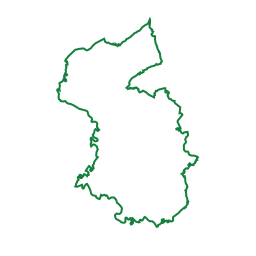 the district of Bombali, Northern, Sierra Leone, rotated 349°
{"feature_id": "65957751B29483301504535", "entity_name": "Bombali", "entity_type": "district", "adm_level": 2, "iso_a3": "SLE", "parent_name": "Sierra Leone", "parent_adm1": "Northern", "projection": "orthographic", "projection_center": [-12.185, 9.331], "detail": "fine", "context": "isolated", "style": "outline", "palette": "green", "viewbox_px": 256, "rotation_deg": 349, "n_neighbors": 0, "source": "geoboundaries", "source_scale": "gbopen_adm2", "svg_char_len": 5810}
<svg xmlns="http://www.w3.org/2000/svg" viewBox="0 0 256 256"><g transform="rotate(349 128 128)"><path d="M106.2,220.3L107.2,219.9L107.7,219.1L108.1,216.6L108.6,215.6L109.7,215.9L110.3,217.5L111.2,218.1L112.6,217.0L113.3,216.9L114.1,217.2L114.5,217.8L113.6,218.7L113.5,221.5L112.4,221.8L112.2,222.2L112.6,223.3L113.9,223.0L114.7,222.3L115.0,220.9L114.9,218.9L115.5,217.8L117.5,220.9L118.3,221.7L120.5,222.7L121.4,222.7L121.4,221.3L122.4,220.5L123.0,220.5L123.7,221.5L124.6,221.4L127.3,218.5L128.3,219.2L130.4,222.5L131.5,223.6L134.2,224.3L135.7,226.3L137.4,230.5L138.4,230.5L139.2,228.9L140.6,228.8L142.6,227.6L143.8,227.9L144.0,227.4L143.3,226.1L143.8,224.4L145.2,224.2L145.7,224.5L145.3,225.7L145.7,227.1L146.8,226.3L148.1,226.2L148.7,226.5L148.6,227.8L149.0,228.2L149.6,228.1L150.6,226.6L151.0,226.8L151.0,227.6L152.0,227.6L153.2,228.1L154.1,227.8L154.9,226.6L154.9,225.3L155.4,224.0L162.0,220.8L163.1,219.7L167.2,217.3L168.0,217.6L168.5,216.6L169.6,216.9L170.6,215.1L171.9,214.2L171.8,212.5L172.6,212.8L172.9,212.2L173.2,211.5L172.4,210.1L172.7,208.8L172.1,205.4L172.6,204.5L172.4,203.1L173.0,201.0L172.4,200.4L173.8,199.2L174.4,197.6L175.0,197.4L175.0,196.8L174.8,194.7L174.2,193.5L174.1,191.3L174.6,187.4L173.8,187.0L174.3,186.1L173.2,185.7L173.0,184.8L171.9,183.2L173.2,182.8L174.5,183.0L175.3,181.5L174.4,180.8L175.4,179.7L177.4,178.6L178.9,179.3L179.4,179.0L180.8,177.1L180.1,176.0L180.3,175.6L181.3,175.6L181.9,176.3L182.1,175.8L181.5,174.6L181.9,174.4L183.2,176.4L185.2,176.9L185.4,175.8L186.8,175.4L187.5,174.1L188.2,174.0L188.3,172.7L189.1,172.2L189.9,172.5L190.0,170.4L190.9,170.2L190.6,169.4L187.3,167.6L185.5,167.4L183.2,166.1L182.7,164.9L182.7,163.4L182.2,162.6L180.1,162.2L178.8,160.2L179.4,156.1L180.0,154.8L181.4,153.9L182.4,152.7L181.9,150.3L183.3,148.1L184.3,147.7L185.6,146.5L185.7,143.3L185.0,143.5L184.4,143.0L182.0,143.1L181.3,143.8L180.3,143.6L179.6,142.9L179.2,141.8L179.0,139.9L177.5,140.4L176.9,138.9L175.3,138.7L175.3,137.9L177.0,137.6L177.5,138.1L179.5,138.0L177.8,131.4L178.4,130.1L183.9,125.5L183.5,124.4L182.4,123.4L181.4,123.4L183.3,117.7L178.9,112.6L178.5,111.4L178.9,110.3L176.7,109.6L175.6,107.8L174.9,107.8L174.0,107.2L173.0,103.9L173.9,102.6L173.6,101.7L174.1,101.3L174.8,101.3L174.9,100.7L173.4,99.1L172.7,98.8L172.0,100.3L171.5,99.9L172.2,96.1L170.7,95.8L167.9,96.2L167.0,96.0L164.8,96.4L163.4,97.3L162.4,96.9L161.4,98.6L160.7,98.8L160.3,100.1L160.8,100.1L160.7,100.9L160.0,101.1L159.4,102.9L154.9,99.4L152.0,95.8L151.2,95.5L150.4,94.5L149.7,94.2L149.1,94.7L147.1,95.2L146.4,94.6L146.0,94.9L145.3,92.7L145.7,92.4L145.6,91.6L144.1,90.1L144.0,90.5L143.6,90.5L141.8,89.6L141.0,89.8L141.0,90.5L139.6,90.1L138.5,89.2L138.1,89.7L137.3,89.1L136.4,89.7L135.7,89.3L135.2,89.5L135.0,88.6L134.3,88.2L137.3,86.3L138.0,85.3L137.7,84.3L138.4,82.6L141.3,79.9L146.7,77.9L148.2,76.7L149.4,77.6L150.0,77.4L150.8,76.6L150.9,76.1L150.2,75.9L150.7,75.6L151.6,76.5L153.8,76.2L154.1,75.5L153.8,74.4L154.9,74.6L155.8,74.1L157.8,74.0L158.2,73.0L162.5,72.1L166.3,71.8L167.8,70.7L168.1,71.2L168.8,71.1L169.1,71.5L172.5,71.1L172.7,69.9L174.0,69.1L173.2,65.3L173.6,60.4L172.8,59.5L173.2,58.9L172.3,56.9L172.0,54.5L172.2,53.6L171.7,52.7L171.9,51.8L171.3,50.7L171.4,46.2L172.1,43.2L171.5,42.7L170.4,42.8L169.6,42.4L169.0,41.1L169.0,40.2L170.1,39.8L170.3,39.0L171.1,38.2L169.9,37.0L170.5,36.0L168.5,33.8L168.6,31.5L169.1,31.0L170.3,26.3L170.2,25.5L167.4,29.6L165.2,30.0L161.3,31.8L158.1,34.6L155.4,35.1L154.8,35.7L152.8,36.0L147.4,39.3L144.6,40.3L143.4,40.4L142.1,41.9L139.0,42.7L135.8,45.3L135.2,44.4L134.1,45.0L134.3,44.2L133.3,44.6L132.7,44.0L132.9,45.0L131.9,44.4L131.4,43.5L130.5,43.7L130.1,42.9L129.8,43.3L129.3,43.2L129.0,42.6L128.6,42.4L128.1,42.7L126.3,41.7L124.8,40.3L123.9,40.5L122.1,39.1L121.6,35.8L112.1,38.7L109.0,40.6L106.8,42.6L103.3,43.9L102.1,43.8L99.6,41.4L95.2,41.0L91.0,41.2L82.6,46.6L81.9,47.5L79.9,48.9L79.2,50.4L79.6,51.0L80.1,51.2L80.5,50.7L81.0,51.3L80.7,54.1L79.8,53.8L79.3,54.1L79.0,55.2L79.3,56.4L78.0,58.7L77.8,60.8L76.4,63.0L77.6,62.6L78.4,64.2L77.5,64.7L75.4,64.4L74.9,65.6L76.4,68.8L76.4,69.9L75.8,70.3L74.5,69.4L74.9,68.2L74.4,67.5L73.8,67.9L73.7,68.9L71.5,70.2L69.6,70.6L69.2,71.2L69.2,73.7L68.2,75.8L68.1,78.0L66.6,76.6L66.0,76.7L65.7,77.5L66.7,81.2L65.6,85.2L65.8,86.7L67.0,87.8L67.0,88.7L69.9,89.7L71.5,89.6L73.2,92.2L76.6,93.7L78.6,95.1L83.9,99.9L90.6,103.2L91.4,104.3L91.7,108.3L94.2,111.2L94.4,112.5L93.4,114.5L94.0,115.4L95.4,115.2L96.9,115.5L98.0,116.3L98.7,117.6L97.7,121.2L99.3,124.4L98.4,125.0L97.4,125.0L96.8,123.6L95.9,122.9L94.9,123.7L93.6,126.8L92.1,127.9L92.7,130.5L95.5,132.5L96.0,133.7L95.6,134.7L93.7,135.0L92.6,134.4L91.7,132.8L90.7,132.2L90.5,130.5L89.8,130.6L89.2,131.5L89.5,134.9L88.2,136.6L88.4,139.0L90.8,137.5L92.1,138.0L93.9,140.2L93.9,141.4L94.3,143.3L92.6,145.4L91.6,148.6L91.6,149.8L92.8,150.9L90.3,152.9L88.2,155.1L87.6,156.9L86.4,157.7L86.2,158.7L86.6,159.8L86.5,161.1L85.5,161.6L85.2,162.4L84.3,162.7L83.9,163.2L83.3,163.2L82.8,161.8L84.1,160.8L84.4,160.3L82.5,157.9L78.5,161.6L78.4,162.0L79.1,162.1L80.8,164.2L80.1,165.4L80.6,166.3L80.3,166.7L79.0,166.7L78.6,167.4L77.3,165.7L76.1,164.9L75.7,165.2L75.2,166.5L72.9,168.2L72.2,168.1L71.7,167.1L73.3,165.7L72.4,164.8L71.4,165.0L71.0,165.9L69.3,166.8L69.3,167.5L70.0,167.4L69.5,169.7L68.0,170.4L67.7,171.4L66.4,172.9L65.9,174.4L65.1,175.3L66.7,176.0L72.0,175.0L71.8,177.8L72.2,178.8L72.9,178.9L74.5,176.5L76.6,175.0L77.1,175.0L78.1,177.5L79.1,181.6L79.4,186.0L80.6,187.3L83.5,188.6L83.6,190.1L85.1,191.6L85.7,191.6L86.3,192.3L86.9,192.0L88.8,188.5L89.8,189.5L92.0,189.0L93.0,190.2L94.2,190.0L95.0,191.9L95.1,193.2L96.0,193.9L98.5,193.0L101.0,193.5L102.6,196.0L103.0,199.5L104.4,200.9L106.3,204.1L106.7,205.8L105.3,209.5L103.6,210.7L102.8,210.7L100.4,209.8L98.6,211.0L98.5,213.5L99.1,215.1L102.1,217.5L103.7,219.5L106.2,220.3Z" fill="none" stroke="#15803d" stroke-width="2"/></g></svg>